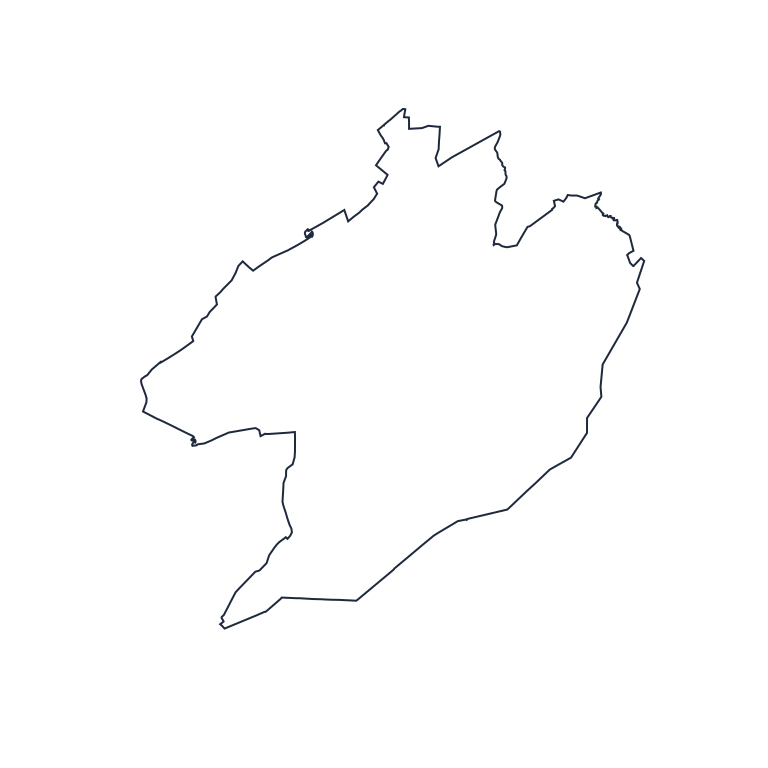 outline of Vilces pag., Jelgava, Latvia, rotated 313°
{"feature_id": "27541924B72553882676759", "entity_name": "Vilces pag.", "entity_type": "district", "adm_level": 2, "iso_a3": "LVA", "parent_name": "Latvia", "parent_adm1": "Jelgava", "projection": "robinson", "projection_center": [23.537, 56.394], "detail": "fine", "context": "isolated", "style": "outline", "palette": "slate", "viewbox_px": 768, "rotation_deg": 313, "n_neighbors": 0, "source": "geoboundaries", "source_scale": "gbopen_adm2", "svg_char_len": 6055}
<svg xmlns="http://www.w3.org/2000/svg" viewBox="0 0 768 768"><g transform="rotate(313 384 384)"><path d="M220.4,204.4L218.7,206.6L213.0,217.9L212.4,218.6L211.7,220.1L208.6,222.7L199.5,226.5L204.0,242.6L204.6,243.9L208.2,255.3L213.2,272.2L215.4,279.1L215.6,280.2L215.4,281.5L215.2,281.7L214.2,281.2L212.5,281.0L211.9,281.1L211.7,281.2L211.6,281.5L211.7,282.1L212.0,282.3L212.8,282.3L213.2,282.6L213.6,283.1L213.6,283.5L213.8,283.7L214.3,284.0L214.0,284.8L213.1,285.7L212.4,285.8L212.4,285.5L212.6,284.2L212.0,284.0L211.5,284.4L211.1,284.5L209.5,284.7L208.7,285.1L208.5,285.3L208.2,285.8L208.3,286.4L209.4,287.0L210.1,287.8L211.5,288.8L211.9,288.6L212.7,288.8L218.1,293.2L224.8,296.2L230.9,298.5L242.8,303.7L243.6,304.2L243.8,304.5L260.9,317.5L264.1,320.1L264.3,320.5L265.1,324.3L261.7,329.3L266.6,331.0L266.7,331.6L269.8,334.7L282.7,346.8L288.1,351.6L284.0,355.6L273.6,365.2L269.3,368.7L262.8,372.0L262.7,371.9L256.6,370.8L254.5,371.1L253.1,372.2L249.7,375.3L246.4,376.6L243.1,378.0L238.2,382.2L228.6,390.1L226.3,393.6L222.7,400.2L220.4,404.0L218.0,408.3L216.2,411.8L215.7,413.4L215.0,415.0L212.6,417.9L209.0,418.9L204.9,419.0L205.0,417.0L205.0,416.7L196.8,415.2L193.6,415.1L189.2,415.5L180.5,416.8L176.2,418.8L172.9,420.3L172.5,420.3L163.0,420.1L162.5,420.0L159.0,417.9L136.8,417.5L130.4,417.5L106.2,424.3L105.6,424.4L103.3,424.2L102.7,424.3L102.3,424.6L102.1,424.9L101.0,428.6L100.8,428.7L96.6,428.0L96.7,430.4L96.4,434.2L129.1,449.1L129.4,449.2L135.6,451.9L136.1,452.2L136.6,452.8L143.7,453.6L156.0,454.9L157.2,454.9L158.0,454.8L164.0,461.8L167.7,466.2L169.1,467.6L178.8,479.3L183.7,484.8L186.0,487.6L190.9,493.3L195.5,498.4L205.5,510.2L206.4,511.4L207.5,511.7L253.6,517.5L255.2,517.6L256.0,517.4L279.3,520.3L290.2,521.6L307.1,523.8L312.7,525.3L333.7,531.4L334.2,531.6L340.1,535.9L340.6,536.4L340.9,537.1L341.4,536.7L342.0,536.9L376.3,559.8L378.6,560.0L403.2,561.5L414.3,562.4L434.5,563.6L442.8,566.2L457.7,571.0L486.7,565.8L497.6,555.7L522.9,551.7L529.5,544.4L547.4,530.6L594.6,519.7L627.9,506.3L630.6,499.9L651.4,490.4L651.5,487.4L651.4,486.1L640.4,486.0L640.2,485.8L640.4,481.4L643.8,474.7L644.1,474.3L644.1,473.9L646.8,474.0L651.6,475.6L651.9,475.1L659.9,462.7L660.2,461.5L658.4,453.6L658.7,452.6L658.0,452.1L658.4,451.7L659.4,451.3L659.0,450.7L658.7,450.5L659.3,450.0L659.5,449.7L659.3,449.6L659.0,449.4L658.5,449.3L658.3,449.1L658.3,448.7L658.5,448.5L659.3,448.2L658.7,446.7L658.8,446.4L659.4,446.0L659.5,445.6L659.7,445.4L660.7,445.2L660.6,444.9L660.8,444.7L661.8,444.4L662.4,443.5L662.7,443.3L663.0,442.7L662.9,442.4L661.6,441.7L661.1,441.1L660.6,440.7L660.4,440.3L660.5,439.9L660.8,439.6L661.2,439.5L662.0,439.4L662.3,439.1L662.1,438.8L661.9,438.5L661.5,438.3L661.1,438.2L660.9,438.0L661.0,437.8L661.2,437.4L661.0,436.7L660.7,436.3L660.7,436.0L660.7,435.5L661.4,435.1L661.1,434.7L660.7,434.6L660.3,434.5L659.7,434.5L659.0,434.3L658.9,433.8L659.2,433.2L659.1,432.7L659.5,432.2L658.9,431.9L658.7,431.6L658.0,431.5L657.8,431.4L657.8,430.9L657.1,430.3L656.8,429.8L656.7,429.5L656.8,428.7L657.5,428.4L658.2,428.3L658.3,427.8L658.0,427.2L658.4,424.5L658.8,420.0L657.6,419.4L658.6,418.4L658.0,417.9L657.8,417.5L658.3,417.0L660.3,415.8L661.1,415.8L661.8,416.2L663.3,415.3L664.3,415.1L665.2,415.4L665.9,415.2L665.9,414.9L665.6,414.5L665.6,414.3L666.8,413.8L668.0,413.8L670.2,413.4L671.1,413.0L671.6,412.4L671.2,412.1L671.6,411.8L656.9,404.3L653.8,397.3L653.2,396.3L649.8,392.7L648.3,390.7L647.6,389.5L645.2,390.1L644.9,390.4L639.8,390.9L638.0,385.7L633.8,383.3L630.8,387.7L630.3,387.8L629.6,387.9L627.9,387.8L626.5,387.6L626.1,388.2L598.9,383.1L596.8,381.8L584.2,384.6L576.0,386.6L569.8,382.1L568.3,381.0L567.5,380.2L565.9,377.4L565.2,376.1L564.8,373.0L563.9,371.7L562.1,369.9L562.1,369.4L560.5,369.4L560.7,369.0L562.2,368.9L562.5,368.0L562.8,367.5L563.7,367.0L568.9,364.6L569.8,364.1L571.1,362.8L574.8,358.4L576.5,356.6L584.9,353.2L586.9,352.3L589.0,351.5L592.9,350.6L593.5,350.3L595.0,348.7L594.7,347.2L594.3,345.6L593.7,342.8L593.5,341.1L593.8,340.1L602.0,334.6L603.3,334.1L606.8,334.5L611.4,335.3L612.3,335.5L613.1,335.3L618.1,333.3L619.0,332.5L619.7,331.5L619.9,330.4L620.5,329.6L622.5,327.6L622.6,326.3L624.0,325.7L624.8,325.1L624.9,324.9L624.6,324.0L624.4,322.5L624.8,321.0L626.0,320.1L626.4,319.4L626.8,316.6L627.1,315.9L626.9,313.9L627.1,313.4L627.4,313.0L628.1,311.7L629.3,310.5L630.3,309.2L630.7,307.9L631.1,305.4L631.4,304.8L631.9,304.3L632.5,303.9L633.6,303.3L638.2,302.2L640.3,301.4L644.7,299.6L646.0,298.8L647.7,296.7L647.5,295.9L647.3,295.7L596.2,279.1L580.4,275.4L584.5,267.6L592.9,263.9L599.6,258.2L603.8,254.9L610.3,249.5L608.7,247.7L603.1,240.4L597.0,237.2L587.7,228.3L592.5,223.8L595.9,220.4L592.8,216.7L594.5,215.4L599.4,212.3L599.5,212.2L598.0,210.2L595.3,209.9L594.0,209.5L582.0,208.4L579.6,208.0L574.0,207.3L573.5,207.5L573.5,207.3L565.5,206.3L563.7,211.8L563.0,215.3L562.2,217.7L560.8,220.3L560.7,220.6L561.8,221.5L560.6,225.7L558.0,226.9L556.0,226.5L542.8,228.3L538.5,229.0L539.4,244.0L534.5,245.4L529.6,246.7L528.2,241.9L521.0,242.4L518.5,249.2L518.3,249.2L512.2,250.4L504.6,250.3L504.2,250.5L497.0,249.3L492.2,249.0L485.2,247.7L478.5,246.9L484.2,236.3L459.8,229.4L445.3,224.7L444.9,224.7L444.8,224.4L444.5,224.4L444.3,224.2L444.4,223.9L445.3,223.4L445.3,222.8L445.0,222.6L444.1,222.7L442.2,222.5L441.2,222.7L440.4,223.2L439.9,223.8L439.0,225.6L438.4,226.4L438.3,226.8L438.4,227.2L439.1,227.5L444.8,227.6L446.3,227.4L446.3,227.8L445.5,229.4L444.4,230.3L443.5,230.7L442.5,230.9L442.4,230.7L442.5,230.4L443.0,230.1L443.4,229.3L443.1,228.9L442.2,228.6L441.5,228.9L441.1,229.2L441.1,229.9L440.0,229.7L435.1,228.5L426.6,226.0L416.1,222.5L400.4,215.8L398.0,215.3L395.5,214.9L384.8,212.4L377.6,211.0L377.3,205.2L377.3,197.0L371.0,197.0L363.8,199.8L355.8,201.9L343.7,201.5L339.7,201.7L333.2,201.2L332.9,201.4L332.6,201.7L328.2,207.6L326.3,207.5L325.7,207.6L317.9,207.4L312.6,208.5L307.2,206.7L287.7,211.1L285.3,215.2L274.8,213.2L268.7,211.9L259.4,209.5L250.1,206.9L247.6,206.1L247.8,205.9L247.9,205.6L236.3,204.3L228.9,204.8L226.5,204.0L222.5,203.3L221.4,203.6L220.4,204.4Z" fill="none" stroke="#1e293b" stroke-width="2"/></g></svg>